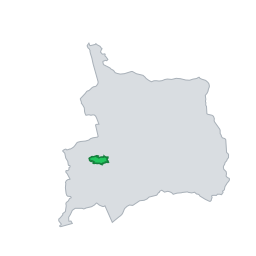 location of Kaniama, Katanga, Democratic Republic of the Congo, rotated 75°
{"feature_id": "63176286B16885288794784", "entity_name": "Kaniama", "entity_type": "district", "adm_level": 2, "iso_a3": "COD", "parent_name": "Democratic Republic of the Congo", "parent_adm1": "Katanga", "projection": "mercator", "projection_center": [24.189, -7.846], "detail": "fine", "context": "in_parent", "style": "filled", "palette": "green", "viewbox_px": 256, "rotation_deg": 75, "n_neighbors": 0, "source": "geoboundaries", "source_scale": "gbopen_adm2", "svg_char_len": 6650}
<svg xmlns="http://www.w3.org/2000/svg" viewBox="0 0 256 256"><g transform="rotate(75 128 128)"><path d="M215.1,167.6L197.2,170.4L197.5,171.4L197.4,172.5L196.9,173.3L195.1,175.6L192.4,177.6L192.4,178.1L193.7,180.4L194.6,183.6L194.4,189.2L194.7,190.7L194.7,191.8L193.7,193.1L191.9,199.8L193.1,203.1L196.7,206.1L198.8,208.4L202.3,209.2L202.8,209.1L203.1,207.2L205.8,206.5L205.9,218.5L205.6,219.2L205.1,219.4L204.5,219.0L204.2,217.8L203.5,217.3L200.1,218.8L199.2,218.8L198.3,218.5L197.6,217.9L197.4,217.0L195.0,213.5L193.8,213.2L192.5,210.1L187.1,207.8L185.0,207.6L184.0,206.9L182.9,204.4L181.1,202.8L180.7,201.0L180.4,200.8L179.3,201.2L178.3,203.9L177.1,204.6L174.9,204.7L169.4,203.9L165.5,202.4L164.4,202.5L162.9,201.2L162.2,199.1L162.6,197.4L162.3,197.2L156.3,198.6L154.8,199.4L153.5,199.2L153.1,198.7L153.6,197.6L153.3,196.4L152.9,195.8L151.1,195.3L150.6,194.0L149.5,193.8L149.1,194.0L148.9,194.9L148.2,195.2L144.6,194.8L140.9,195.9L135.9,195.6L133.5,197.0L133.2,197.0L132.7,196.3L132.2,194.0L132.4,193.4L133.2,193.0L133.4,192.0L133.2,189.7L133.4,189.1L133.1,187.8L132.4,185.6L131.3,183.9L129.1,181.3L128.7,180.0L128.8,177.1L129.6,172.4L129.5,169.0L128.6,166.8L128.4,164.4L128.9,160.0L128.4,159.0L117.0,158.6L116.5,158.3L116.3,157.7L116.8,155.1L109.9,155.8L107.9,156.3L106.6,157.3L106.2,158.6L106.1,160.5L105.1,162.3L104.8,165.3L102.9,165.7L100.9,165.7L97.2,165.0L93.7,165.9L91.9,166.7L91.0,166.3L87.7,166.6L87.3,166.4L83.6,160.4L82.0,158.4L81.7,157.4L81.8,156.5L81.4,155.3L79.7,152.2L79.3,150.8L79.4,148.5L79.2,147.8L77.7,145.9L76.6,145.2L75.5,144.9L57.0,145.1L50.9,144.8L46.4,145.0L44.1,144.9L43.5,144.6L41.5,145.0L40.4,145.8L38.8,146.2L37.8,146.1L35.9,143.8L38.5,143.5L38.7,143.2L38.8,137.9L38.2,137.2L39.6,136.3L41.8,133.9L44.0,133.1L44.3,132.6L44.8,132.6L45.6,133.6L47.5,134.9L49.8,133.8L50.1,133.5L50.4,131.2L51.0,131.0L52.0,131.5L52.6,131.5L53.6,130.8L56.6,129.7L57.5,131.1L56.7,132.5L57.0,133.4L57.1,134.8L57.6,135.2L60.0,135.3L60.7,135.0L65.4,129.8L66.6,129.2L68.6,127.1L71.2,126.1L72.4,124.5L73.9,121.6L74.6,117.4L74.3,110.1L74.6,109.1L77.7,105.9L81.0,99.9L83.2,98.4L84.8,97.7L87.4,95.6L89.4,93.4L89.1,90.8L89.6,88.6L90.7,85.8L91.1,82.9L90.7,79.8L90.9,77.3L92.4,73.2L92.5,68.6L93.9,64.7L96.6,59.8L97.8,56.1L97.6,52.5L97.9,49.8L97.8,48.2L97.3,46.9L97.5,46.0L98.6,45.7L99.8,44.3L102.1,40.7L104.6,39.0L106.3,38.4L108.1,38.5L109.3,38.8L111.2,40.2L113.3,41.3L114.9,42.7L116.5,44.9L120.4,45.4L122.0,46.2L123.0,46.4L123.4,46.2L124.2,46.4L126.0,47.0L127.5,46.6L134.6,48.1L135.4,47.4L137.4,43.6L138.8,42.4L141.3,42.2L143.2,42.9L144.2,42.9L152.9,39.7L154.0,39.6L157.2,40.4L159.3,39.8L160.1,40.0L161.9,39.4L163.3,37.2L164.6,36.6L177.1,39.1L179.0,37.9L179.9,37.8L182.7,38.6L183.6,40.0L185.2,41.2L186.4,43.1L188.3,44.2L189.2,45.3L190.3,46.0L192.6,46.2L195.5,44.5L197.6,44.7L199.6,45.6L200.3,45.6L201.9,44.5L202.7,43.4L203.5,43.2L204.7,43.7L205.7,44.7L206.6,46.2L209.7,49.5L212.7,51.0L213.5,53.0L214.6,52.8L215.1,53.0L215.9,54.3L216.5,54.6L216.6,55.1L215.8,56.3L215.1,58.7L216.0,60.1L215.3,62.2L214.9,64.3L215.8,64.9L217.1,64.8L218.3,65.9L219.2,66.1L220.1,67.3L219.9,68.3L216.9,71.8L212.4,76.1L210.9,76.6L210.1,77.4L209.6,78.7L208.3,79.7L207.3,80.2L207.2,83.3L205.7,86.5L205.1,87.1L204.3,92.3L204.4,93.2L203.6,97.5L203.7,101.5L201.6,102.7L200.1,104.7L199.4,106.1L199.4,109.3L197.0,111.3L196.8,111.7L197.4,114.0L198.3,114.4L198.3,115.2L200.3,117.6L200.2,125.2L200.3,125.9L201.4,127.7L202.0,131.1L201.3,135.5L204.0,143.5L202.8,146.4L203.4,149.2L205.0,152.2L208.8,155.1L209.9,156.3L210.8,157.9L211.8,160.4L215.1,167.6Z" fill="#d9dde1" stroke="#a8b0b8" stroke-width="1"/><path d="M156.0,155.7L155.8,155.8L155.2,156.0L154.9,155.8L154.7,156.3L154.2,156.4L153.8,156.4L153.7,156.4L153.5,156.5L153.2,156.5L152.9,156.4L152.8,156.2L152.7,156.2L152.4,156.1L152.2,156.1L151.9,156.0L152.0,155.9L152.0,155.7L151.9,155.5L151.9,155.4L151.8,155.2L151.7,155.2L151.3,155.0L151.2,155.0L151.3,155.2L151.3,155.3L151.2,155.4L151.0,155.5L151.3,155.8L151.1,155.9L151.1,156.0L151.2,156.3L151.0,156.6L150.9,156.6L150.7,156.5L150.4,156.6L150.4,156.8L150.3,157.0L150.2,157.0L150.0,157.5L149.9,157.6L149.7,157.7L149.7,157.8L149.4,158.0L149.5,158.0L149.4,158.1L149.5,158.2L149.7,158.5L149.6,158.8L149.6,159.0L149.4,159.1L149.5,159.2L149.5,159.3L149.8,159.4L149.8,159.5L149.7,159.6L149.6,159.8L149.6,160.0L149.5,160.3L149.4,160.4L149.5,160.5L149.4,160.7L149.3,160.8L149.2,161.0L149.2,161.3L149.1,161.5L149.1,161.9L149.1,162.0L149.1,162.4L149.1,162.5L149.1,162.8L149.1,163.0L149.3,163.5L149.4,163.8L149.3,164.0L149.2,164.1L148.9,164.3L148.4,164.4L148.1,164.6L148.1,164.9L148.1,165.2L148.0,165.3L148.0,165.0L148.0,164.9L147.9,164.4L147.7,164.2L147.4,164.0L147.3,164.3L147.1,164.5L147.1,164.8L147.0,165.0L146.8,165.1L146.8,165.3L146.7,165.5L146.8,165.6L146.7,166.0L146.7,166.3L146.8,166.5L146.9,166.8L146.9,167.0L146.8,167.3L146.8,167.5L146.9,168.1L146.9,168.4L146.8,168.8L146.8,169.0L146.7,169.3L146.7,169.7L146.6,169.8L146.5,170.0L146.4,170.0L146.3,170.4L146.4,170.9L146.5,171.0L146.8,171.2L146.8,171.3L146.7,171.3L146.7,171.5L146.8,171.7L146.8,171.8L146.8,172.3L146.9,172.6L147.2,173.3L147.4,173.2L147.6,173.3L147.9,173.3L148.1,173.3L148.4,173.4L148.6,173.4L148.8,173.3L149.0,173.4L149.2,173.2L149.3,173.3L149.5,173.3L149.6,173.2L149.8,173.2L150.2,172.8L150.7,172.4L150.8,172.3L150.8,172.1L150.7,172.1L150.6,171.9L150.3,171.7L150.2,171.6L150.2,171.4L150.3,171.3L150.3,171.1L150.4,170.9L150.4,171.0L150.5,171.0L150.8,170.7L151.1,170.4L151.2,170.2L151.3,170.2L151.5,170.2L151.8,169.8L151.9,170.0L152.1,170.1L152.1,170.3L152.2,170.5L152.3,170.5L152.5,170.5L152.5,170.4L152.8,170.8L153.0,170.8L153.1,170.7L153.1,170.3L153.2,170.2L153.3,169.9L153.4,169.7L153.5,169.7L153.5,169.2L153.4,169.2L153.6,168.8L153.6,168.7L153.7,168.2L153.8,167.9L153.8,167.7L154.1,167.3L154.2,167.0L154.3,167.0L154.3,166.9L154.3,166.7L154.2,166.7L154.3,166.3L154.5,166.2L154.5,165.8L154.5,165.7L154.5,165.4L154.7,165.2L154.8,165.0L154.8,164.9L154.7,164.8L154.8,164.7L155.1,164.4L155.2,164.2L155.3,164.1L155.5,164.0L155.7,163.9L155.8,163.6L155.9,163.4L156.1,163.2L156.0,162.9L156.3,162.8L156.2,162.8L156.3,162.7L156.2,162.5L156.2,162.4L156.3,162.3L156.2,162.2L156.3,162.2L156.2,162.1L156.1,161.9L156.0,161.5L156.0,161.4L155.9,161.4L155.8,161.5L155.8,161.4L155.7,161.4L155.5,161.2L155.6,160.9L155.5,160.7L155.6,160.3L155.6,160.2L155.7,159.9L155.7,159.7L155.7,159.4L155.6,159.2L155.5,158.9L155.6,158.5L155.5,158.4L155.4,158.4L155.5,158.3L155.5,158.2L155.4,158.1L155.2,158.2L155.2,157.9L155.3,157.8L155.4,157.6L155.4,157.4L155.5,157.3L155.6,157.2L155.6,156.9L155.8,156.7L155.7,156.6L155.8,156.5L155.8,156.3L155.9,156.2L156.1,156.0L156.1,155.9L156.0,155.7Z" fill="#22c55e" stroke="#15803d" stroke-width="1.5"/></g></svg>